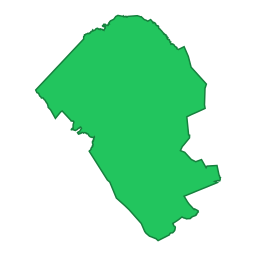 the district of Hidalgo, Durango, Mexico
{"feature_id": "50627088B92149873655635", "entity_name": "Hidalgo", "entity_type": "district", "adm_level": 2, "iso_a3": "MEX", "parent_name": "Mexico", "parent_adm1": "Durango", "projection": "orthographic", "projection_center": [-104.857, 26.045], "detail": "fine", "context": "isolated", "style": "filled", "palette": "green", "viewbox_px": 256, "rotation_deg": 0, "n_neighbors": 0, "source": "geoboundaries", "source_scale": "gbopen_adm2", "svg_char_len": 5453}
<svg xmlns="http://www.w3.org/2000/svg" viewBox="0 0 256 256"><path d="M126.5,17.0L126.5,16.5L126.2,16.4L125.2,16.4L125.0,16.7L124.3,16.6L124.0,16.8L123.3,15.9L122.9,16.4L117.9,15.4L115.8,16.5L113.7,19.3L110.6,20.8L109.7,21.7L109.4,22.3L108.9,22.8L109.2,23.6L108.8,23.5L108.6,23.9L108.6,24.2L108.3,24.2L108.1,24.3L107.9,24.9L108.1,25.4L108.0,25.5L107.2,25.4L106.7,25.2L105.5,24.8L105.2,24.4L105.0,24.6L104.8,24.7L104.4,24.3L104.2,24.3L104.0,24.2L103.9,24.2L103.8,24.5L103.4,24.8L103.1,25.5L102.5,25.8L102.5,26.0L103.2,26.6L103.4,26.7L104.2,26.3L104.6,26.3L105.1,26.4L105.4,26.8L105.1,27.3L104.9,27.6L105.2,28.1L105.1,28.5L104.5,28.9L104.3,29.5L103.9,29.8L103.9,30.1L103.6,29.9L103.3,29.9L103.5,30.2L103.5,30.3L103.3,30.3L103.0,30.1L102.5,29.6L101.9,29.2L101.6,29.2L100.8,29.2L100.4,29.4L100.4,29.6L100.2,29.6L100.1,29.4L100.2,28.9L99.9,28.9L99.2,29.4L98.8,29.4L98.6,29.3L98.6,29.1L98.5,28.9L98.1,28.8L97.8,28.4L97.5,28.3L97.4,28.4L96.5,28.5L96.2,28.7L96.0,28.9L95.9,28.9L95.9,28.7L95.5,29.5L94.7,30.3L94.3,30.4L93.8,30.2L93.6,30.3L93.5,30.5L93.2,30.8L92.7,30.3L92.7,30.6L92.4,31.0L92.1,31.2L91.5,31.3L91.5,31.5L91.1,31.7L90.7,31.9L90.7,32.3L90.1,33.0L89.8,32.9L89.6,32.9L89.3,33.1L89.2,33.5L88.9,33.7L88.6,33.4L87.8,33.3L87.2,33.7L86.5,34.0L85.8,34.1L85.3,34.8L85.1,34.9L84.5,34.8L84.3,36.0L83.7,36.6L83.6,38.6L83.7,39.0L35.7,90.0L36.9,92.6L38.6,93.4L39.7,96.0L40.7,96.7L41.4,98.0L43.0,97.9L44.3,99.7L44.8,99.9L46.6,102.9L47.2,103.4L47.8,105.2L48.1,106.5L48.2,107.4L50.6,109.8L55.4,118.4L60.7,111.9L62.2,111.0L71.1,120.6L71.1,120.9L71.4,121.0L71.9,121.0L72.3,121.2L73.0,121.0L73.3,121.1L73.6,121.3L73.7,121.6L73.8,122.2L73.7,122.9L73.5,123.2L73.1,124.9L73.1,128.1L73.1,128.3L72.5,128.2L72.3,128.3L71.4,129.3L71.3,129.7L71.5,129.8L72.3,129.6L72.6,129.6L73.9,129.9L74.2,130.2L74.4,130.1L75.4,130.5L75.7,130.3L75.9,130.1L76.2,130.1L76.7,129.7L77.5,129.4L77.7,129.0L78.4,128.3L78.8,128.1L79.2,128.1L79.4,128.0L79.7,127.9L80.0,127.5L80.2,127.0L80.6,127.0L81.0,127.4L81.5,128.3L81.4,128.6L79.8,131.1L78.1,132.1L77.5,132.6L78.5,134.1L78.9,134.2L79.5,133.4L79.9,133.3L80.2,133.5L80.6,133.5L80.7,133.4L80.9,133.0L81.1,132.9L81.4,133.0L81.6,132.7L81.9,132.5L82.7,132.5L83.5,133.1L83.8,132.9L84.5,132.6L84.9,132.7L85.4,132.7L85.8,132.8L86.2,133.0L86.4,133.3L86.3,133.5L86.6,133.7L87.0,133.7L87.4,133.6L87.6,133.7L88.6,134.9L88.6,135.1L88.8,135.4L89.4,136.2L90.1,136.7L90.6,137.0L90.9,137.1L91.6,137.1L91.9,137.4L92.4,137.3L93.2,137.5L93.9,137.4L94.3,136.8L94.4,137.0L94.2,137.6L93.6,138.3L93.9,138.9L93.5,139.3L93.7,139.7L93.5,139.9L93.5,140.2L93.1,140.4L93.1,140.6L92.8,141.0L93.2,141.3L92.9,141.8L92.4,142.0L92.5,142.9L92.5,143.2L92.6,143.4L92.8,143.9L93.1,144.3L93.0,144.6L93.0,144.8L92.7,145.1L92.7,145.4L92.7,145.6L92.8,145.9L92.2,146.2L92.4,146.9L91.9,147.2L91.1,148.2L91.0,148.6L91.1,149.0L91.0,149.4L90.2,150.3L89.5,150.7L89.2,151.2L107.4,180.0L109.8,182.1L113.2,190.3L116.4,198.1L124.6,205.4L129.1,209.7L141.3,223.5L144.7,231.4L146.0,233.2L149.4,236.1L156.0,238.7L158.1,240.6L168.9,235.1L169.4,234.8L169.9,233.6L170.4,233.1L171.4,232.9L172.6,232.8L172.9,232.6L173.3,232.1L174.1,231.3L174.2,231.0L174.6,230.6L174.6,230.2L174.9,229.9L174.8,229.4L175.1,229.0L175.1,228.4L175.3,227.5L175.1,226.8L175.0,226.5L174.9,226.4L174.3,226.2L174.0,226.0L173.6,225.4L173.6,225.0L173.5,224.8L173.2,224.5L173.1,224.3L173.2,224.0L172.8,223.4L173.1,223.1L173.7,222.9L178.7,219.6L181.9,217.0L182.1,217.0L182.7,217.4L183.6,217.9L185.0,218.2L186.7,218.9L187.5,218.7L190.0,218.6L190.4,218.5L190.7,217.9L191.6,217.5L192.0,216.8L193.7,216.2L194.2,216.0L195.5,215.5L195.9,215.3L196.5,214.6L196.6,214.4L196.3,214.2L198.3,211.9L198.2,211.6L197.6,210.9L197.7,210.7L197.8,210.6L194.6,208.9L194.1,209.5L189.2,204.2L187.5,201.9L184.1,196.2L196.5,191.1L217.3,182.6L214.7,181.4L218.0,180.5L218.5,180.8L218.6,180.7L219.0,180.9L219.8,180.8L220.3,179.0L220.2,178.8L220.1,178.0L220.3,177.7L219.9,177.6L219.7,177.0L219.8,177.0L219.7,176.4L219.3,175.5L218.9,174.7L218.8,174.1L217.0,165.5L207.0,166.1L206.1,167.7L201.5,159.6L195.7,161.7L191.3,159.5L184.7,152.3L180.4,150.6L182.4,146.3L183.0,145.8L189.5,137.9L189.6,135.2L188.6,134.9L186.8,116.8L191.3,114.6L197.0,112.1L205.1,108.4L204.5,104.8L205.0,88.4L206.4,84.1L191.1,67.2L188.3,56.4L184.1,46.7L178.4,49.5L177.8,49.1L177.2,49.0L177.1,48.9L176.7,48.2L176.9,47.7L176.7,47.5L176.6,47.3L175.2,46.6L174.9,46.4L174.6,45.9L174.4,45.3L173.9,44.8L173.2,44.5L172.9,44.0L172.6,43.9L172.1,44.2L171.7,43.9L171.0,44.2L170.8,43.2L170.6,43.0L170.4,42.6L170.5,42.2L170.2,42.3L169.9,42.1L169.9,41.9L169.9,41.3L169.6,40.6L169.4,40.4L169.4,40.2L169.2,40.1L169.2,39.7L168.8,39.4L168.5,39.5L168.1,39.4L168.0,39.2L167.8,39.3L167.5,39.1L167.4,38.7L167.1,38.2L167.3,37.9L167.8,37.5L167.6,37.3L166.6,36.9L166.6,36.6L166.7,36.4L166.4,36.4L166.1,35.9L166.1,35.6L165.8,35.2L166.0,35.0L165.9,34.9L165.5,34.7L165.0,34.7L164.9,34.6L164.9,34.4L164.3,34.2L164.1,33.9L163.9,34.0L163.8,33.8L164.0,33.5L163.9,33.4L163.3,33.0L161.5,30.8L160.3,29.6L160.0,29.1L159.2,28.7L158.9,28.5L158.6,27.3L158.6,26.7L158.4,26.2L158.2,26.1L158.1,25.9L157.8,25.8L157.7,26.0L157.5,25.9L157.2,25.7L156.9,25.7L156.7,25.4L156.4,25.3L155.8,24.6L155.7,24.0L155.5,23.9L155.5,23.6L155.1,23.1L154.7,22.8L154.2,22.6L153.9,22.8L153.8,22.6L153.7,22.5L153.3,22.8L152.9,22.8L152.8,22.4L153.1,22.1L152.5,21.9L151.4,20.4L150.6,19.6L147.8,21.2L146.1,20.2L144.3,19.6L141.2,16.7L140.5,16.8L139.5,16.4L137.3,15.7L128.0,16.4L127.4,16.6L127.0,17.1L126.5,17.0Z" fill="#22c55e" stroke="#15803d" stroke-width="1.5"/></svg>